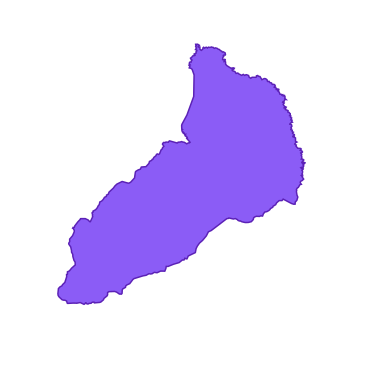 Villanueva, La Guajira, Colombia (Robinson projection), rotated 108°
{"feature_id": "7082276B95884188682011", "entity_name": "Villanueva", "entity_type": "district", "adm_level": 2, "iso_a3": "COL", "parent_name": "Colombia", "parent_adm1": "La Guajira", "projection": "robinson", "projection_center": [-73.004, 10.587], "detail": "fine", "context": "isolated", "style": "filled", "palette": "violet", "viewbox_px": 384, "rotation_deg": 108, "n_neighbors": 0, "source": "geoboundaries", "source_scale": "gbopen_adm2", "svg_char_len": 5929}
<svg xmlns="http://www.w3.org/2000/svg" viewBox="0 0 384 384"><g transform="rotate(108 192 192)"><path d="M143.1,91.9L142.5,93.1L141.7,92.0L140.8,93.0L139.7,92.8L138.0,93.3L137.4,94.2L136.2,93.5L135.3,96.0L134.8,95.5L134.7,93.9L134.1,94.4L133.8,93.9L132.8,93.8L132.3,94.0L132.0,94.8L131.2,94.3L130.7,95.0L129.9,93.6L129.2,93.6L129.3,95.7L130.4,96.1L130.2,96.6L128.4,96.4L127.7,95.7L127.0,95.6L126.6,96.7L126.9,98.2L126.0,98.0L124.3,98.6L123.5,99.4L122.6,99.1L121.3,100.7L120.9,100.5L120.5,99.5L119.8,99.3L119.0,100.2L118.9,101.9L117.4,101.4L117.0,102.1L117.7,105.0L116.2,107.3L115.1,107.3L115.0,108.4L114.6,109.1L113.0,108.6L112.1,107.7L111.8,109.2L108.6,110.3L108.4,111.2L107.7,111.8L108.4,112.6L108.2,113.2L107.7,113.3L106.1,112.2L105.8,112.4L105.3,114.4L104.6,114.5L103.8,114.1L103.6,115.4L102.2,115.7L102.2,117.1L101.9,117.4L100.6,117.1L99.9,117.9L98.6,117.3L97.2,118.2L97.3,119.9L96.7,119.9L95.1,118.9L94.6,118.1L94.0,119.0L92.8,119.0L92.8,120.3L90.8,120.1L90.5,121.4L89.2,121.5L89.2,122.7L88.3,122.4L87.1,122.8L86.9,123.6L86.3,124.2L86.3,125.6L84.9,125.8L84.7,128.7L83.6,128.8L83.5,130.4L82.9,130.2L82.6,128.7L82.2,128.6L82.0,130.1L81.4,131.4L80.4,132.4L78.9,131.8L78.6,133.5L77.9,133.3L77.6,132.5L75.3,132.3L75.0,131.1L74.2,132.8L72.8,132.8L72.3,133.6L71.6,133.8L71.6,134.4L72.4,135.0L71.4,135.8L72.1,136.6L71.5,137.4L71.8,138.6L70.0,140.0L69.3,141.7L68.1,140.9L67.5,141.2L67.5,142.3L68.3,142.9L68.4,143.5L67.8,143.4L66.9,144.6L67.0,146.1L66.0,146.1L65.5,145.5L64.5,146.4L64.3,147.4L64.9,148.9L63.7,150.1L63.9,151.6L62.9,153.0L63.5,153.8L63.3,154.5L62.0,155.4L61.5,157.0L61.8,158.4L63.6,160.2L61.2,163.0L61.4,164.5L60.9,165.5L61.6,166.6L62.7,166.3L63.2,166.8L64.3,170.3L65.7,171.3L65.1,173.2L63.7,174.2L63.6,176.2L63.7,176.8L64.8,177.9L64.3,179.6L65.7,180.8L65.2,184.0L64.7,185.2L65.6,186.7L64.2,188.4L64.1,191.1L63.8,191.4L62.8,191.7L62.4,191.5L62.4,190.3L61.2,190.0L61.1,190.9L62.2,193.3L61.1,197.8L60.1,199.5L57.9,200.3L57.5,200.9L58.0,201.8L57.0,201.9L56.2,201.1L55.8,201.3L55.7,201.8L56.5,203.1L56.6,203.8L54.3,204.3L53.4,203.7L52.5,204.4L52.0,204.1L51.5,202.7L51.1,202.6L49.5,203.4L49.0,205.4L49.5,206.4L49.0,207.0L48.6,209.0L48.0,209.9L48.1,211.0L47.6,212.5L47.7,214.3L48.5,215.2L47.9,216.6L48.2,217.7L48.0,218.1L49.0,219.7L49.2,221.2L50.3,221.8L49.9,223.3L51.3,224.5L50.7,225.6L51.4,226.1L52.8,225.9L54.4,226.9L53.9,228.5L51.7,229.3L52.2,230.5L52.0,231.0L50.2,230.3L49.7,232.3L50.4,234.2L51.1,233.9L51.4,233.1L52.5,233.5L53.7,232.3L55.5,232.7L55.5,231.5L56.2,231.0L57.3,231.5L58.5,231.0L60.2,232.6L60.8,231.4L61.2,231.4L62.4,233.4L63.7,233.8L65.2,234.8L66.0,234.1L66.2,233.1L66.9,232.8L67.5,233.2L68.7,233.0L69.0,234.0L69.5,234.4L71.0,234.2L71.7,233.1L72.4,234.0L73.2,232.8L74.8,233.0L74.8,231.1L75.3,229.8L80.0,226.2L100.6,219.9L120.3,220.6L130.7,222.5L132.0,222.4L135.2,221.2L135.4,220.6L135.7,221.0L136.6,220.6L137.6,219.9L137.4,219.4L137.9,218.8L138.3,219.0L138.8,218.4L138.3,217.9L139.4,216.7L139.3,216.4L139.6,216.6L139.9,215.8L140.6,216.0L140.8,215.6L140.5,215.3L141.5,214.0L141.4,213.5L142.2,213.0L142.7,213.5L145.3,209.2L146.0,209.6L146.4,210.6L147.8,211.9L147.1,214.7L147.4,216.7L147.2,217.3L148.2,218.8L148.9,220.6L149.7,220.9L150.0,221.5L150.3,229.1L150.9,229.6L151.9,229.8L152.6,232.3L153.4,232.8L153.5,234.1L154.6,234.8L155.6,234.9L157.2,232.9L159.1,233.7L160.1,233.6L161.5,234.4L165.8,234.7L166.6,235.4L166.5,236.7L167.2,237.4L168.6,237.5L170.9,239.0L172.9,239.3L173.2,239.9L174.4,240.2L176.1,241.9L178.1,241.8L182.1,243.6L183.9,247.9L186.3,248.2L187.6,250.0L189.7,251.8L190.5,252.0L196.4,251.0L201.5,253.3L202.8,254.4L203.3,255.3L203.6,261.7L207.7,265.9L210.1,267.2L212.6,268.0L217.8,270.9L219.9,270.9L221.3,272.3L222.7,272.1L224.1,273.6L226.4,274.1L228.5,275.1L230.0,276.6L232.6,276.3L234.3,277.0L236.2,277.2L238.5,278.1L240.8,280.2L241.4,279.8L242.5,280.6L243.6,280.2L244.2,279.5L245.6,279.3L246.2,278.8L251.6,279.5L251.8,280.2L250.7,282.1L250.3,285.3L251.8,289.8L252.5,289.8L255.6,291.3L260.4,293.0L262.1,293.0L262.4,293.3L262.4,294.1L263.3,294.3L263.3,293.8L264.9,292.1L266.3,291.7L270.5,292.1L274.6,293.8L277.0,293.0L278.8,293.4L279.8,292.9L281.7,290.4L285.1,288.4L286.4,288.0L288.1,286.2L290.3,285.3L293.5,283.1L294.8,281.5L297.4,280.5L301.7,283.0L304.9,284.2L306.4,285.8L308.4,285.1L308.8,285.1L309.2,285.8L311.4,285.0L317.3,285.0L320.1,286.5L321.4,286.7L323.1,288.3L325.1,289.2L330.2,288.1L331.8,287.3L332.8,286.1L334.6,282.4L334.6,280.9L334.2,279.5L334.4,277.6L336.3,276.3L336.4,275.9L334.3,270.5L333.3,267.1L331.7,264.2L332.2,260.0L331.6,259.4L330.3,259.0L330.2,258.5L330.8,257.6L330.7,256.3L329.8,255.5L329.0,253.6L328.0,253.1L327.3,252.1L327.1,250.7L327.6,250.5L325.5,245.6L324.7,244.6L321.9,242.9L320.4,242.8L317.1,240.7L315.9,240.5L313.7,241.2L312.5,240.3L310.5,234.9L310.5,232.8L311.5,229.6L310.9,227.5L310.0,227.2L306.6,228.1L305.4,227.8L303.3,225.8L301.9,226.0L300.7,225.4L298.4,222.9L293.5,221.2L292.3,220.4L286.9,212.7L285.4,209.9L283.0,207.7L282.8,206.2L282.1,204.7L280.1,203.1L279.6,200.3L276.9,197.4L275.7,193.4L272.9,193.2L270.7,193.5L270.2,191.8L266.3,187.1L263.1,182.4L259.7,180.2L259.1,178.6L257.2,178.3L257.4,176.9L257.1,176.1L254.0,175.8L248.6,170.1L244.6,170.6L241.8,170.2L238.3,169.1L234.8,167.0L229.3,164.8L224.8,164.1L222.7,161.8L206.5,150.6L206.0,149.4L205.3,148.9L204.9,144.3L203.9,142.6L204.2,140.4L204.8,139.4L204.9,138.0L204.6,137.0L204.9,135.4L204.6,132.0L203.6,129.1L201.9,126.4L199.3,125.2L197.5,125.4L196.5,124.8L195.2,123.3L194.4,120.3L193.2,119.0L193.3,117.8L192.9,117.4L190.9,117.4L188.6,116.6L187.5,114.7L185.9,113.2L184.5,112.4L183.6,112.3L181.6,110.5L180.5,110.5L178.2,108.5L176.2,108.2L173.3,106.5L172.3,103.7L170.6,103.1L172.2,93.7L172.2,91.6L171.7,90.2L169.7,90.7L167.6,89.7L164.1,89.8L162.5,91.2L160.2,92.4L158.8,93.0L158.1,92.9L157.2,93.5L155.5,93.0L154.8,92.3L152.0,91.7L151.4,91.3L150.9,90.4L149.9,91.7L149.2,92.1L148.2,91.9L147.0,90.7L145.2,89.8L143.6,91.9L143.3,92.1L143.1,91.9Z" fill="#8b5cf6" stroke="#5b21b6" stroke-width="1.5"/></g></svg>